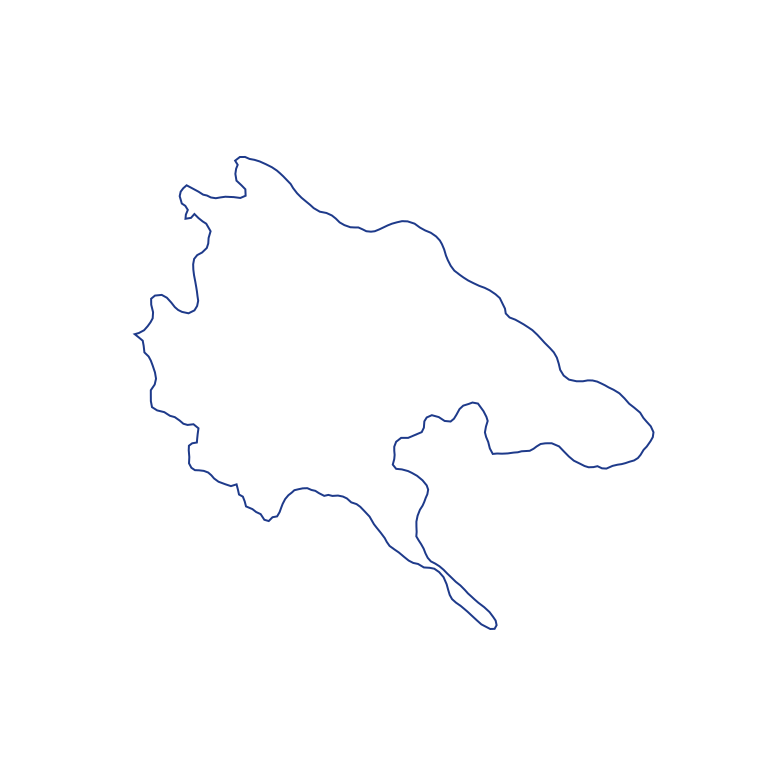 outline of Veredinha, Minas Gerais, Brazil, rotated 332°
{"feature_id": "56859067B69481295032755", "entity_name": "Veredinha", "entity_type": "district", "adm_level": 2, "iso_a3": "BRA", "parent_name": "Brazil", "parent_adm1": "Minas Gerais", "projection": "natural_earth1", "projection_center": [-42.725, -17.51], "detail": "fine", "context": "isolated", "style": "outline", "palette": "blue", "viewbox_px": 768, "rotation_deg": 332, "n_neighbors": 0, "source": "geoboundaries", "source_scale": "gbopen_adm2", "svg_char_len": 4762}
<svg xmlns="http://www.w3.org/2000/svg" viewBox="0 0 768 768"><g transform="rotate(332 384 384)"><path d="M526.6,362.5L524.6,357.1L521.3,350.9L518.0,346.3L514.2,342.1L510.3,336.9L506.9,332.1L504.2,327.3L502.2,323.3L499.3,316.9L498.4,311.0L498.5,304.6L499.0,299.7L500.3,293.4L500.8,287.8L500.7,283.5L499.3,278.2L496.3,272.4L492.4,267.7L489.2,262.8L486.3,256.8L481.2,251.5L476.4,248.7L471.3,247.3L466.3,246.2L461.7,245.7L457.1,245.5L452.6,245.3L447.6,244.8L444.0,243.4L440.1,240.8L437.7,237.4L434.9,233.8L431.6,232.0L427.9,229.8L423.6,225.1L420.7,220.5L419.1,215.3L417.1,210.7L413.5,206.0L408.2,201.7L404.5,195.7L402.9,191.2L400.9,186.4L398.6,180.8L396.8,174.8L395.7,168.3L395.5,163.7L394.1,158.8L392.5,153.2L391.1,149.1L389.6,145.2L386.8,140.0L382.9,134.5L378.7,129.1L374.8,125.2L371.0,122.2L367.9,118.3L363.3,115.9L357.4,116.9L357.7,121.8L354.5,124.5L351.4,128.7L349.2,135.2L351.4,141.5L353.0,147.0L350.2,152.8L344.5,152.3L339.0,148.4L335.6,146.4L331.9,144.2L327.0,142.4L322.7,141.0L318.7,138.0L316.2,134.5L313.2,131.9L310.5,127.1L306.3,120.8L303.0,115.9L298.7,116.9L294.8,118.7L291.8,122.2L290.2,129.7L292.2,133.4L292.5,138.2L288.6,141.4L286.3,144.9L291.6,146.7L296.4,144.9L298.1,150.4L300.2,155.3L302.3,159.0L302.6,167.7L297.7,172.7L294.8,177.4L291.4,180.7L285.1,182.5L279.6,182.5L275.1,184.4L271.7,188.7L269.4,193.4L267.4,198.6L265.4,205.1L263.7,210.3L262.3,214.4L260.6,218.8L259.0,223.3L255.6,227.4L251.2,230.0L244.6,229.8L239.5,225.5L237.0,222.0L235.4,217.9L234.4,212.2L232.8,205.9L229.6,201.0L223.3,198.4L218.4,199.4L215.7,204.7L213.8,212.2L210.6,217.4L206.8,219.9L202.5,222.0L197.4,223.9L191.5,223.9L187.3,223.0L189.3,227.6L191.3,232.5L189.7,237.5L187.3,243.6L189.1,249.2L189.1,253.9L188.4,259.2L187.2,266.3L185.2,272.3L181.3,276.8L175.2,280.0L172.4,285.3L170.1,289.7L168.3,295.5L171.3,300.8L176.8,305.7L180.1,311.6L183.7,315.0L186.4,320.3L188.2,324.9L191.3,327.9L196.9,330.1L199.4,336.0L196.0,340.7L193.5,344.4L191.3,347.8L186.8,346.3L182.8,346.9L180.5,350.8L177.8,357.1L174.6,362.5L174.6,367.5L176.6,371.3L180.2,373.4L184.1,376.1L187.2,379.6L188.7,383.5L189.6,387.6L192.0,392.6L196.9,398.1L200.9,402.3L206.7,403.4L205.4,408.8L204.1,413.5L206.5,417.2L205.9,422.2L204.7,427.3L209.1,432.7L211.0,437.0L214.0,441.0L214.6,447.7L217.9,450.9L223.0,449.3L227.5,450.7L231.7,448.1L235.0,445.1L238.2,442.3L242.7,439.2L247.4,437.3L251.5,436.6L255.0,435.7L259.2,436.8L263.3,438.0L267.4,440.0L270.2,443.5L273.2,446.1L275.3,449.8L278.7,454.7L282.8,455.8L285.9,458.6L291.0,460.9L294.9,464.1L297.5,467.6L299.5,473.1L303.4,477.2L305.4,481.3L307.0,486.9L309.0,494.3L309.3,503.1L310.1,507.7L311.3,513.9L312.3,520.4L312.3,524.7L312.9,529.6L315.6,535.1L318.0,539.7L320.5,545.9L322.9,551.5L325.8,555.7L329.6,558.9L333.1,564.7L338.0,567.7L341.7,570.7L344.4,576.0L345.9,582.5L345.3,590.2L344.0,596.0L343.0,601.1L343.1,605.9L344.9,610.8L347.6,616.1L349.3,620.3L350.8,624.1L352.6,629.3L354.9,635.9L357.1,641.9L359.7,645.7L362.8,650.2L366.7,652.1L370.2,649.8L371.5,645.3L371.0,640.7L370.1,634.9L367.7,628.1L364.6,621.4L362.8,616.7L361.3,612.4L359.8,608.3L358.7,603.8L356.9,597.8L354.5,592.3L353.0,587.6L350.8,580.9L349.4,576.0L347.4,571.0L344.9,566.6L342.1,562.6L341.0,558.0L341.1,553.1L341.7,548.1L341.6,542.9L341.2,538.3L341.0,533.7L343.4,529.9L345.7,525.1L348.0,520.7L351.8,516.1L356.7,511.9L361.0,509.5L364.2,507.0L367.3,504.2L370.5,501.7L373.4,498.0L374.1,493.6L372.8,487.1L370.1,480.6L366.9,475.6L364.4,472.2L359.7,467.8L354.9,464.6L353.9,459.3L357.8,455.1L360.1,451.6L361.7,447.8L363.6,444.2L367.6,440.7L373.8,439.6L380.0,442.9L390.3,443.8L394.7,444.2L398.7,441.3L402.1,435.9L406.0,433.6L411.6,434.0L416.8,438.9L420.2,445.1L425.2,448.4L429.5,447.5L433.6,445.1L438.9,441.6L443.8,440.3L449.5,441.4L453.4,441.9L457.8,445.4L459.1,454.7L459.0,461.1L458.2,465.3L454.0,469.5L450.4,474.1L449.3,478.7L448.8,484.1L447.2,490.6L447.2,496.8L451.3,498.5L455.4,500.9L460.7,503.4L466.2,505.4L470.1,507.1L473.9,508.0L477.4,509.6L481.3,511.4L485.7,511.4L489.4,510.8L494.1,510.5L498.6,512.1L504.3,515.1L509.3,521.3L511.3,528.4L513.2,534.8L515.6,540.8L519.5,546.2L522.6,550.6L525.6,553.6L529.9,555.7L533.9,556.8L536.9,560.8L540.7,563.1L547.4,563.6L552.3,564.9L556.2,566.3L560.0,567.2L564.3,567.9L568.9,568.9L573.4,568.6L577.3,567.0L582.3,564.0L586.6,562.6L592.5,559.6L596.4,557.1L599.3,553.1L599.7,546.6L598.1,540.2L597.1,535.7L596.7,529.5L593.8,522.3L591.2,516.5L589.6,509.6L587.5,502.8L584.0,496.9L580.7,492.4L578.5,488.9L576.2,485.7L573.4,482.0L569.8,478.8L565.7,476.5L561.0,475.0L555.2,471.9L549.4,467.0L546.6,460.9L546.2,454.2L547.8,448.2L549.0,441.9L548.8,435.8L547.4,430.3L545.2,423.1L544.1,418.7L542.5,412.6L540.3,406.1L537.8,401.4L535.3,396.9L532.4,392.3L530.1,388.8L526.1,384.2L524.6,378.9L526.2,374.3L526.4,368.0L526.6,362.5Z" fill="none" stroke="#1e3a8a" stroke-width="2"/></g></svg>